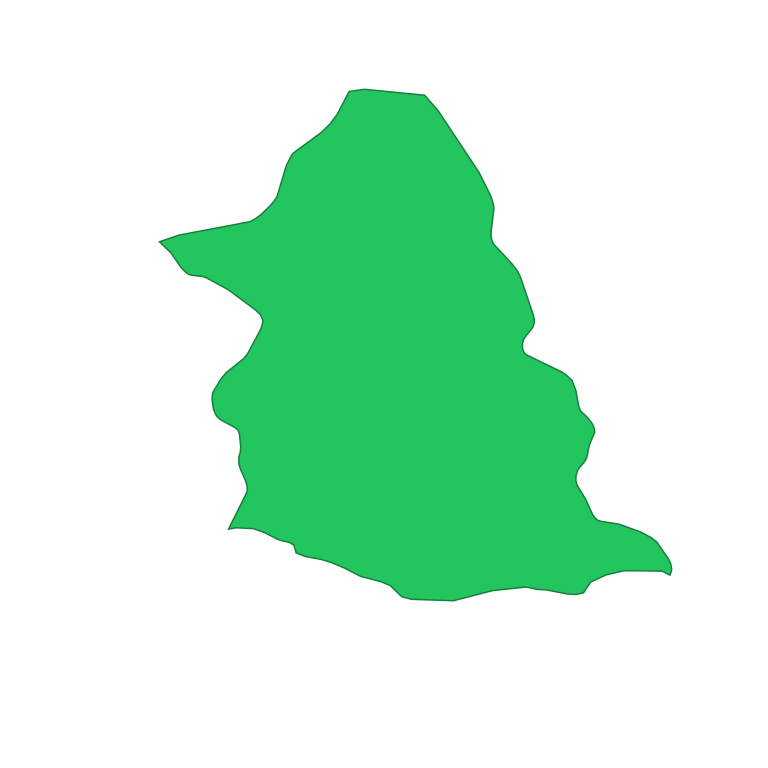 an SVG outline of San José, rotated 338°
{"feature_id": "URY-5", "entity_name": "San José", "entity_type": "Department", "adm_level": 1, "iso_a3": "URY", "parent_name": "Uruguay", "parent_adm1": "", "projection": "natural_earth1", "projection_center": [-56.713, -34.322], "detail": "fine", "context": "isolated", "style": "filled", "palette": "green", "viewbox_px": 768, "rotation_deg": 338, "n_neighbors": 0, "source": "natural_earth", "source_scale": "10m", "svg_char_len": 2006}
<svg xmlns="http://www.w3.org/2000/svg" viewBox="0 0 768 768"><g transform="rotate(338 384 384)"><path d="M577.4,668.3L571.8,661.8L562.2,657.6L536.5,647.0L518.6,644.2L501.4,645.0L490.9,652.3L483.1,651.1L475.5,647.5L457.3,635.7L448.7,631.6L440.0,625.6L407.2,616.2L367.3,611.0L329.0,594.0L320.8,587.9L314.2,573.1L306.6,565.7L290.4,553.8L278.8,540.3L268.6,530.1L259.7,522.9L246.5,514.5L239.3,507.8L240.1,499.6L236.9,495.4L229.7,490.4L226.7,487.6L217.5,476.9L208.7,469.2L193.1,461.9L185.5,460.3L215.5,433.7L217.4,431.5L218.8,427.4L219.4,421.7L219.0,410.0L219.5,403.4L222.3,397.0L225.2,393.4L227.6,388.7L231.2,376.2L231.4,372.0L229.5,368.6L219.8,356.9L218.3,354.3L217.0,351.6L216.4,347.6L216.6,342.6L218.6,334.7L220.5,330.3L222.8,327.2L234.4,318.5L242.2,314.2L263.1,308.0L266.7,306.2L268.9,304.8L290.6,286.7L294.0,282.4L294.9,280.9L295.5,279.2L295.6,277.4L295.3,273.4L292.5,267.1L274.5,237.7L258.5,218.3L255.0,215.7L246.7,211.3L244.3,209.6L241.9,205.9L239.7,200.7L235.6,182.7L229.1,168.0L250.0,169.2L320.7,183.3L326.3,182.7L333.0,181.0L345.1,176.1L350.8,173.2L354.8,170.4L375.1,145.1L383.2,137.9L384.6,136.9L386.7,135.8L420.3,127.2L431.5,122.6L441.5,116.5L461.3,99.7L476.4,103.5L529.9,131.5L536.6,151.1L551.4,223.7L553.4,248.6L553.1,255.2L552.3,260.2L551.2,263.4L540.5,282.6L539.1,286.0L537.9,290.6L537.9,294.3L538.8,297.4L547.7,320.6L550.1,329.6L550.6,335.4L548.4,375.2L547.4,381.0L546.0,383.8L544.2,386.1L542.0,388.0L532.6,393.2L530.0,395.1L527.7,398.2L525.6,403.3L525.6,407.1L526.7,410.0L553.6,439.8L556.0,443.4L559.7,451.1L559.4,462.5L556.3,476.9L556.2,481.3L556.5,484.0L558.2,486.9L560.0,491.0L562.3,499.2L562.3,504.0L561.2,507.8L553.0,515.9L549.3,520.6L546.1,525.9L544.3,528.2L542.2,530.2L539.8,531.8L534.0,534.7L530.8,537.0L527.3,541.5L525.7,545.6L525.1,549.7L527.8,566.5L528.5,583.0L529.5,587.4L531.2,590.5L533.4,592.4L549.2,601.9L566.7,617.5L574.1,626.5L577.7,632.5L582.5,653.9L582.4,658.2L581.5,663.3L580.1,665.5L577.4,668.3L577.4,668.3Z" fill="#22c55e" stroke="#15803d" stroke-width="1.5"/></g></svg>